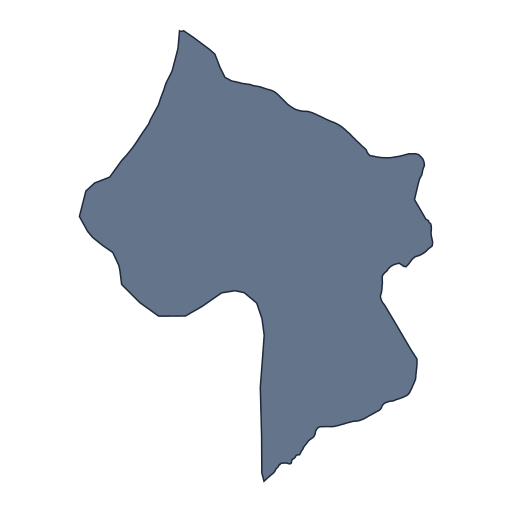 the district of Shibam Kawkaban, Al Mahwit, Yemen
{"feature_id": "15242507B12742486691999", "entity_name": "Shibam Kawkaban", "entity_type": "district", "adm_level": 2, "iso_a3": "YEM", "parent_name": "Yemen", "parent_adm1": "Al Mahwit", "projection": "mercator", "projection_center": [43.874, 15.476], "detail": "fine", "context": "isolated", "style": "filled", "palette": "slate", "viewbox_px": 512, "rotation_deg": 0, "n_neighbors": 0, "source": "geoboundaries", "source_scale": "gbopen_adm2", "svg_char_len": 4044}
<svg xmlns="http://www.w3.org/2000/svg" viewBox="0 0 512 512"><path d="M421.4,157.3L421.3,157.1L419.3,155.2L418.6,154.6L417.6,154.3L415.4,153.7L408.8,153.8L403.7,155.2L399.1,156.3L398.6,156.4L391.2,157.6L387.0,157.9L386.4,157.8L384.1,157.7L381.6,157.6L379.3,157.3L377.1,157.0L374.9,156.5L372.5,156.0L370.2,155.7L368.4,154.1L367.1,152.1L366.3,150.0L364.7,148.3L363.0,146.9L361.3,145.3L359.5,143.5L357.7,141.8L356.1,140.4L354.5,138.6L352.4,136.7L349.7,133.7L346.9,131.4L345.2,129.7L343.3,128.1L341.5,126.6L339.9,125.6L339.6,125.4L337.2,124.0L334.1,122.5L331.8,121.7L329.7,120.8L326.5,119.4L324.0,118.2L322.1,117.2L320.1,116.3L317.9,115.3L315.4,114.1L312.6,112.9L310.0,112.0L307.6,111.4L305.3,111.3L302.9,111.2L300.3,110.8L298.1,110.2L295.5,109.4L293.0,108.0L291.1,106.8L289.1,105.4L287.3,104.0L285.5,102.1L283.9,100.5L282.2,98.8L280.6,97.3L278.9,95.5L276.8,93.6L274.8,92.0L272.9,91.0L270.4,90.0L268.2,89.5L265.3,88.6L264.2,88.2L262.6,87.7L260.0,86.8L257.5,86.3L254.2,85.8L252.0,85.2L249.9,84.4L247.7,84.2L245.3,83.8L242.5,83.5L240.4,82.9L238.0,82.3L235.5,81.7L232.7,81.2L231.5,80.9L225.0,77.4L220.0,67.3L219.7,66.6L216.9,59.3L214.9,54.2L209.9,49.7L205.7,46.6L193.8,37.7L183.6,30.7L182.6,31.2L180.0,31.3L179.5,30.9L178.0,48.4L172.0,71.3L165.9,83.3L163.8,89.9L160.6,98.3L158.5,104.8L150.2,120.1L148.8,123.8L143.9,130.9L142.0,133.6L136.3,142.4L132.7,147.5L126.9,154.8L121.6,160.6L109.7,177.1L94.6,183.0L86.7,190.3L85.9,191.0L84.8,195.3L79.4,216.5L87.7,231.5L92.7,237.5L102.7,245.5L112.8,252.5L118.9,265.5L119.9,270.5L121.6,284.4L139.9,302.7L158.6,316.1L166.7,316.1L183.9,316.0L185.5,316.0L190.8,312.9L202.0,306.5L211.9,299.6L221.6,292.9L223.9,292.5L224.9,292.3L225.0,292.3L227.8,291.9L235.0,290.7L244.3,292.7L256.7,303.1L262.0,318.7L264.2,335.3L262.2,362.3L261.0,378.1L260.3,387.3L261.6,436.2L261.8,472.7L261.9,473.1L264.0,481.3L265.9,479.5L267.7,477.8L270.4,475.5L272.1,474.1L273.9,472.5L275.2,470.7L276.1,468.7L277.7,467.3L279.3,464.6L279.6,464.8L281.2,463.2L283.6,463.1L286.5,463.0L288.7,463.7L289.9,463.9L291.2,463.2L292.0,459.7L294.0,458.5L295.4,457.0L295.8,456.0L296.4,455.3L298.0,454.8L299.5,454.8L301.2,451.5L302.1,450.0L302.8,449.3L303.4,447.7L304.6,445.8L306.2,443.9L307.9,441.6L309.4,440.0L312.0,438.2L313.7,436.9L315.2,433.8L315.5,431.5L316.6,429.4L318.3,427.4L320.4,426.7L322.5,426.7L325.1,426.6L327.2,426.6L329.2,426.6L331.4,426.7L333.8,426.5L336.0,426.0L338.0,425.6L340.5,424.8L342.5,424.3L342.9,424.2L344.4,423.8L346.6,423.0L349.2,422.4L351.4,421.8L353.3,421.3L355.5,421.1L357.5,421.0L359.5,420.5L360.1,420.3L362.0,419.6L363.9,418.8L366.6,417.3L368.2,416.3L370.1,415.3L372.1,414.2L372.6,413.9L374.7,412.8L376.3,411.8L378.2,410.9L379.8,409.9L381.3,408.1L382.0,406.1L383.2,404.4L384.7,403.1L386.7,402.3L388.6,401.6L390.5,401.2L392.8,401.0L395.0,400.2L396.7,399.4L398.6,398.9L399.5,398.6L401.0,398.0L403.0,397.3L405.0,396.3L406.9,395.4L408.4,394.2L409.9,392.0L410.8,390.1L412.1,387.5L412.8,385.6L413.7,383.7L414.8,381.1L415.5,379.3L415.8,377.0L415.9,374.8L416.2,372.6L416.4,370.2L416.7,367.7L416.9,365.7L417.0,363.6L417.0,361.5L417.0,359.5L416.9,358.9L414.9,355.8L410.7,349.3L404.9,339.4L402.0,334.4L400.6,332.2L400.5,331.9L395.0,322.5L384.9,305.6L383.7,303.9L382.3,302.2L381.4,300.1L380.7,298.1L380.4,296.0L381.3,293.0L381.7,290.7L382.0,288.3L382.0,286.4L382.4,283.5L382.3,281.2L382.3,279.2L382.2,277.0L382.9,274.8L384.9,272.6L387.0,270.8L388.0,269.2L389.4,267.7L390.5,266.7L390.8,266.4L393.0,265.1L394.9,264.3L397.1,263.7L399.1,263.3L399.2,263.2L401.7,264.9L403.8,266.4L404.0,266.2L405.9,266.8L408.6,264.1L412.2,259.2L415.4,256.6L417.6,256.0L419.5,255.4L421.8,254.2L423.8,253.0L425.9,251.4L427.7,249.6L429.1,248.3L430.8,247.1L431.9,246.1L432.2,245.9L432.6,243.2L432.5,241.2L431.9,238.5L431.4,236.2L431.0,233.3L431.2,231.0L431.3,229.7L431.4,228.7L431.3,227.1L431.2,225.8L430.7,223.8L429.1,222.5L428.4,220.7L425.6,218.9L424.4,216.6L414.5,199.6L418.3,183.5L419.6,178.9L421.8,174.8L422.8,169.9L423.1,168.9L424.5,165.2L424.3,164.3L424.3,164.0L424.0,162.0L423.0,159.3L421.4,157.3Z" fill="#64748b" stroke="#1e293b" stroke-width="1.5"/></svg>